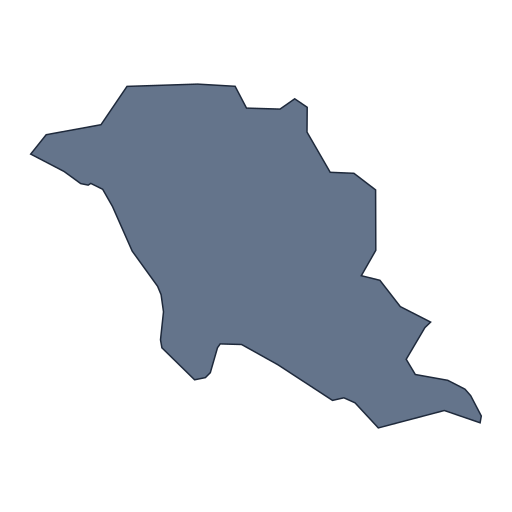 Lancaster, Virginia, United States of America
{"feature_id": "52423323B13758082224669", "entity_name": "Lancaster", "entity_type": "district", "adm_level": 2, "iso_a3": "USA", "parent_name": "United States of America", "parent_adm1": "Virginia", "projection": "robinson", "projection_center": [-76.455, 37.725], "detail": "fine", "context": "isolated", "style": "filled", "palette": "slate", "viewbox_px": 512, "rotation_deg": 0, "n_neighbors": 0, "source": "geoboundaries", "source_scale": "gbopen_adm2", "svg_char_len": 745}
<svg xmlns="http://www.w3.org/2000/svg" viewBox="0 0 512 512"><path d="M30.7,154.1L64.1,171.5L80.7,183.6L88.2,185.1L90.8,183.4L102.7,189.3L112.5,206.5L132.2,251.1L157.6,286.3L161.1,294.7L163.5,311.8L160.5,339.8L161.9,347.8L194.6,379.8L205.4,377.6L210.3,372.7L217.5,347.7L220.2,343.9L241.6,344.5L277.8,364.7L332.5,400.4L343.9,397.8L355.0,402.8L378.3,427.9L444.3,410.5L480.1,422.8L481.3,416.0L470.7,395.7L465.0,389.2L447.7,380.3L415.3,374.5L406.2,359.3L424.9,327.6L430.6,322.1L400.3,306.6L379.9,280.3L361.3,275.7L375.8,250.3L375.6,189.9L353.9,173.3L330.2,172.3L307.0,132.1L307.2,107.3L294.7,98.8L280.0,109.1L246.5,108.1L235.1,86.3L197.6,84.1L127.0,86.4L101.0,124.7L46.2,134.7L30.7,154.1Z" fill="#64748b" stroke="#1e293b" stroke-width="1.5"/></svg>